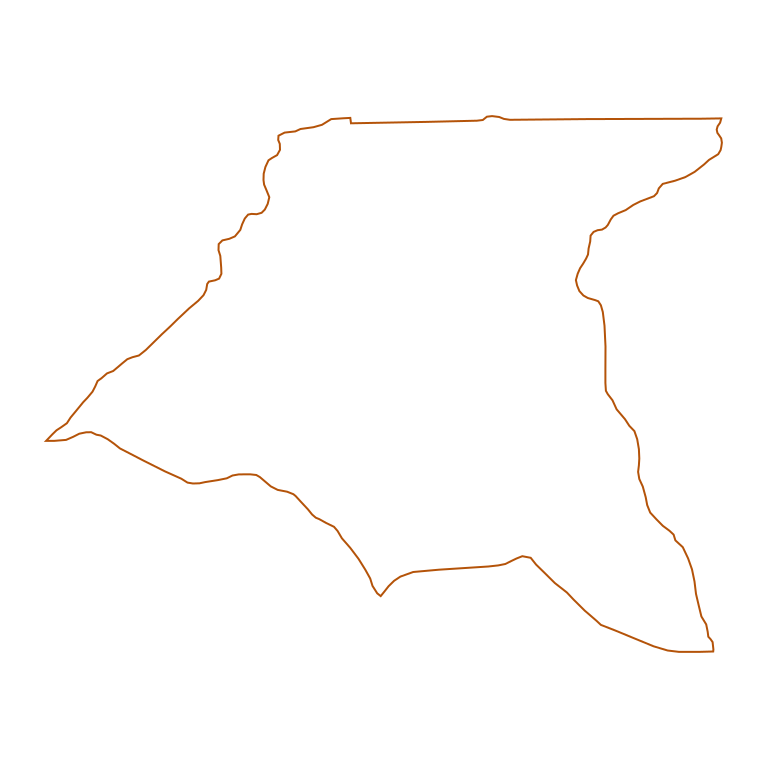 outline of Abanga-Bignè, Moyen-Ogooué, Gabon
{"feature_id": "22940354B65697742744176", "entity_name": "Abanga-Bignè", "entity_type": "district", "adm_level": 2, "iso_a3": "GAB", "parent_name": "Gabon", "parent_adm1": "Moyen-Ogooué", "projection": "robinson", "projection_center": [10.966, -0.21], "detail": "fine", "context": "isolated", "style": "outline", "palette": "amber", "viewbox_px": 768, "rotation_deg": 0, "n_neighbors": 0, "source": "geoboundaries", "source_scale": "gbopen_adm2", "svg_char_len": 3023}
<svg xmlns="http://www.w3.org/2000/svg" viewBox="0 0 768 768"><path d="M46.1,440.9L53.8,440.9L66.1,439.9L73.2,436.8L79.3,433.7L86.1,432.3L91.2,432.2L96.4,434.7L100.7,435.5L107.7,439.2L114.3,443.9L119.9,448.4L143.5,460.6L164.8,471.3L181.3,478.7L187.5,482.6L193.0,483.5L199.5,483.3L205.1,482.1L217.9,480.1L226.8,478.3L232.5,475.5L238.8,474.4L250.0,474.3L256.3,475.0L259.9,477.1L270.8,486.4L277.7,489.9L287.1,491.7L293.4,494.2L295.7,496.1L300.8,501.7L307.9,509.3L312.1,514.5L315.8,517.7L319.2,519.1L326.0,522.9L334.0,526.8L337.6,531.0L341.9,538.3L350.2,547.8L358.5,558.8L365.3,569.7L370.2,578.5L372.5,585.9L377.2,593.3L380.7,596.1L384.2,591.8L388.6,586.2L394.1,580.8L400.4,576.6L413.2,572.0L438.9,569.7L488.3,566.5L498.3,565.4L505.3,564.0L511.1,561.1L516.5,558.5L522.3,556.2L530.7,557.8L536.1,564.6L544.2,572.5L554.9,583.1L566.9,592.5L573.6,599.6L584.8,610.7L596.3,620.6L600.9,624.9L615.0,630.4L632.7,637.7L653.6,646.3L667.6,650.5L679.2,651.9L698.2,651.9L713.2,651.5L713.4,649.5L712.6,642.1L710.5,639.1L708.3,636.7L707.7,631.8L706.2,624.4L701.4,616.5L698.8,605.8L696.0,593.9L694.5,581.5L692.0,569.4L688.1,558.4L682.8,547.2L675.4,540.4L673.6,534.6L669.4,530.7L662.8,525.8L656.5,519.4L650.2,512.6L647.2,505.1L645.7,497.2L642.8,486.6L639.3,479.0L638.1,471.9L638.9,465.3L639.3,458.5L638.9,449.2L637.2,439.2L634.4,431.1L629.3,425.8L625.0,419.2L616.6,409.3L612.5,400.3L607.8,394.2L605.9,390.8L605.4,383.0L605.4,369.7L605.5,346.5L604.5,325.7L602.8,312.0L600.9,305.3L598.3,301.3L595.1,300.1L587.8,298.0L583.4,295.5L579.4,291.1L577.1,285.5L575.9,280.1L577.7,273.7L580.1,268.2L583.1,263.7L586.1,258.6L588.0,254.5L588.6,248.5L590.2,241.5L590.6,235.6L593.6,231.9L597.6,230.2L602.0,229.6L605.6,227.5L607.8,225.0L610.8,219.4L613.5,215.7L618.0,213.3L625.7,210.1L633.2,205.0L640.3,201.4L654.0,196.2L657.1,193.0L658.8,188.4L662.7,183.9L675.1,180.7L685.3,177.1L694.6,171.9L704.0,164.5L709.0,159.9L718.2,154.2L720.6,150.1L721.3,146.9L721.9,142.7L721.2,138.4L719.0,135.1L717.4,132.9L716.7,129.6L717.6,126.3L720.1,122.7L721.3,118.4L702.0,118.7L585.3,119.1L509.9,119.8L503.9,118.9L499.2,117.0L492.1,116.1L486.9,116.7L482.8,120.0L476.9,120.7L426.3,121.9L351.0,123.3L350.3,117.9L343.0,118.3L331.2,119.1L326.2,122.2L322.0,124.8L313.5,127.2L300.5,129.0L295.3,131.4L284.6,132.6L278.5,135.7L278.2,140.0L279.8,143.9L280.0,149.8L277.1,155.1L272.1,157.9L268.5,160.3L265.4,167.0L263.7,173.7L263.5,180.0L264.1,184.6L266.3,189.8L269.3,197.2L267.7,203.9L264.8,209.6L261.6,212.8L256.7,214.2L251.5,213.9L248.1,214.6L244.8,218.5L242.1,224.4L240.3,229.9L234.9,236.4L229.3,238.8L222.4,240.4L218.7,244.1L218.5,250.2L220.3,255.9L221.2,267.7L221.4,273.8L219.1,278.6L215.1,280.3L208.9,281.6L207.2,284.0L206.2,289.9L203.5,295.2L198.1,300.9L189.2,308.3L177.6,319.2L170.7,326.0L161.8,334.3L145.8,350.0L138.9,355.5L132.5,357.2L127.3,359.2L122.3,363.3L113.2,371.0L107.0,373.4L101.5,378.2L97.6,381.0L95.2,386.5L92.5,391.7L87.3,397.9L83.2,402.2L76.0,411.0L70.6,417.5L66.9,423.2L61.1,427.3L56.5,430.3L52.3,434.4L46.1,440.9Z" fill="none" stroke="#b45309" stroke-width="2"/></svg>